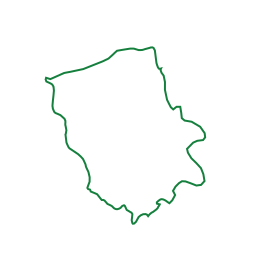 Afrin, Aleppo, Syria, rotated 323°
{"feature_id": "27442178B88911382861768", "entity_name": "Afrin", "entity_type": "district", "adm_level": 2, "iso_a3": "SYR", "parent_name": "Syria", "parent_adm1": "Aleppo", "projection": "robinson", "projection_center": [36.751, 36.572], "detail": "fine", "context": "isolated", "style": "outline", "palette": "green", "viewbox_px": 256, "rotation_deg": 323, "n_neighbors": 0, "source": "geoboundaries", "source_scale": "gbopen_adm2", "svg_char_len": 2804}
<svg xmlns="http://www.w3.org/2000/svg" viewBox="0 0 256 256"><g transform="rotate(323 128 128)"><path d="M157.8,215.2L160.4,210.2L162.1,204.0L161.5,197.5L160.4,190.3L161.0,183.8L162.6,180.2L171.2,178.9L175.6,179.9L180.7,182.8L184.0,181.9L186.1,178.3L186.3,173.2L186.4,170.5L182.6,161.3L177.7,156.1L176.9,152.5L179.6,148.0L182.5,142.5L179.5,140.3L178.2,140.3L175.3,140.4L174.7,137.2L175.6,132.0L175.9,130.4L176.2,128.9L180.5,119.7L185.2,113.5L188.0,107.6L188.0,104.1L188.9,101.2L190.2,100.4L189.3,100.1L188.4,99.2L188.4,97.8L188.4,97.6L189.1,95.3L189.3,94.7L189.8,93.3L196.2,82.1L196.2,81.9L196.4,80.3L196.5,79.8L196.6,79.5L196.0,78.3L195.8,78.2L195.1,77.7L194.9,77.5L193.2,76.9L188.7,75.1L187.7,74.8L186.5,74.3L186.2,74.2L183.4,72.2L180.5,68.2L178.5,66.6L177.7,66.0L171.5,62.7L165.7,59.7L164.5,59.8L163.7,59.9L162.3,60.0L161.6,60.1L161.0,60.2L154.4,60.8L153.0,60.6L151.7,60.3L148.1,59.6L127.7,54.0L126.0,53.2L115.7,48.4L111.9,46.5L110.0,45.6L97.0,42.6L95.4,42.2L95.1,41.8L92.8,38.6L92.2,39.1L91.5,39.6L90.8,41.7L91.3,42.7L92.2,44.3L93.1,46.1L93.3,46.6L93.4,46.9L93.6,47.5L93.6,47.8L93.6,48.6L93.5,49.1L93.5,49.9L92.9,50.9L92.9,51.0L91.3,53.6L89.2,55.9L88.4,56.8L85.5,59.9L84.8,60.6L81.2,64.6L80.6,65.5L80.5,65.8L80.0,66.7L79.6,67.4L79.5,67.9L79.0,69.8L78.8,70.9L79.1,72.4L80.2,74.2L81.8,77.1L82.7,81.8L82.8,82.5L82.3,84.6L81.1,86.2L80.8,86.5L79.8,87.8L79.2,89.2L77.4,92.8L74.7,95.3L74.2,95.5L70.1,102.6L69.7,104.1L69.0,107.2L69.0,107.9L69.0,108.7L69.0,109.0L69.8,111.3L72.4,118.8L73.0,121.9L73.1,122.3L73.4,125.8L72.2,131.4L71.2,133.5L71.1,133.8L70.7,135.6L69.9,139.4L67.9,143.9L67.7,144.3L65.0,147.8L60.9,150.4L59.5,151.4L59.4,152.7L60.0,153.6L60.6,154.4L60.0,156.3L62.2,160.0L63.5,162.3L63.6,168.1L63.7,169.7L64.3,170.1L65.0,170.6L65.6,171.8L65.8,174.6L65.9,176.3L66.8,177.9L67.8,179.9L68.1,180.6L68.2,181.2L68.5,183.3L68.6,183.6L68.6,183.8L69.3,185.2L70.4,186.3L71.4,186.7L72.0,187.0L72.8,187.1L73.9,187.3L74.0,187.3L76.5,186.8L77.2,187.0L78.3,187.3L78.4,187.7L78.6,188.4L77.8,192.0L77.7,192.7L78.6,194.8L79.1,196.1L79.3,196.6L79.8,197.6L79.8,197.9L79.7,199.4L77.2,202.1L75.5,203.8L75.3,204.2L74.8,205.3L74.3,206.4L74.3,206.7L74.3,207.2L74.3,207.4L75.4,208.0L78.0,207.7L82.9,205.5L83.0,205.5L85.8,205.4L86.5,205.6L87.5,205.8L88.3,206.0L89.4,206.8L90.2,207.3L90.9,208.4L91.0,208.6L91.0,210.1L91.0,210.5L92.0,210.2L93.8,209.9L95.8,209.8L97.5,210.1L98.7,210.1L101.7,210.1L103.6,209.8L104.5,209.2L106.2,208.7L107.4,208.1L106.6,207.1L105.6,205.9L105.9,205.2L106.4,204.7L108.1,204.5L110.3,204.5L111.6,204.8L112.6,205.6L113.3,206.5L114.0,207.8L114.5,209.0L115.0,210.7L115.5,212.2L115.8,213.0L119.8,212.4L120.7,212.0L125.3,209.9L126.1,205.3L130.7,203.4L135.5,202.7L139.1,203.0L141.8,205.3L145.0,210.2L148.0,215.1L152.1,217.4L157.2,216.4L157.8,215.2Z" fill="none" stroke="#15803d" stroke-width="2"/></g></svg>